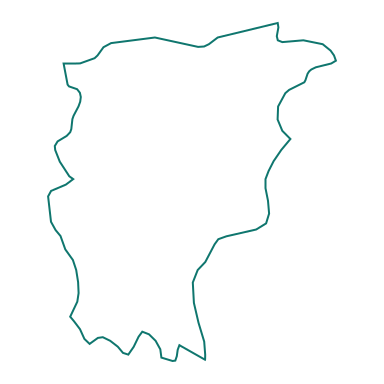 the border of Bergamo
{"feature_id": "ITA-5443", "entity_name": "Bergamo", "entity_type": "Province", "adm_level": 1, "iso_a3": "ITA", "parent_name": "Italy", "parent_adm1": "", "projection": "mercator", "projection_center": [9.798, 45.758], "detail": "fine", "context": "isolated", "style": "outline", "palette": "teal", "viewbox_px": 384, "rotation_deg": 0, "n_neighbors": 0, "source": "natural_earth", "source_scale": "10m", "svg_char_len": 1393}
<svg xmlns="http://www.w3.org/2000/svg" viewBox="0 0 384 384"><path d="M303.4,40.3L322.7,44.2L330.6,50.6L334.0,55.4L335.9,60.7L331.2,63.5L315.8,67.3L311.3,69.5L309.2,71.3L307.6,73.7L305.4,80.3L304.3,82.3L289.1,89.9L285.3,93.2L278.1,106.5L277.6,119.5L282.3,130.8L290.4,139.0L281.3,149.9L274.9,159.3L273.7,161.0L268.6,171.0L265.5,179.1L265.5,188.2L268.0,200.8L269.1,213.6L266.1,223.4L256.2,229.5L233.5,234.7L226.4,236.3L218.3,239.2L214.6,244.3L205.3,262.0L197.7,270.0L192.8,282.5L193.9,302.9L198.5,322.7L204.2,341.6L205.2,354.8L205.1,359.4L205.0,359.7L179.4,345.2L177.7,349.8L176.8,356.2L175.3,360.6L172.6,361.0L161.4,357.6L160.3,349.3L155.6,340.8L149.0,334.3L142.3,331.7L138.6,336.7L133.7,346.8L128.3,354.6L123.0,352.9L117.8,346.7L110.2,340.8L102.8,337.2L97.9,337.9L89.6,343.9L84.4,338.9L80.0,329.2L74.1,321.4L70.2,316.7L77.3,301.7L78.6,293.1L78.1,282.1L76.2,270.0L72.9,260.0L65.3,249.4L60.5,236.0L55.6,230.1L51.0,221.8L48.1,196.4L51.1,190.9L65.9,184.6L73.2,179.1L69.3,176.3L59.8,161.7L55.2,150.0L54.8,146.0L57.6,141.4L66.7,135.9L70.2,132.2L71.3,129.1L72.4,119.1L73.6,115.7L78.5,106.4L80.2,101.7L80.8,97.0L79.9,92.8L77.1,89.2L69.0,86.4L67.6,84.6L63.6,63.5L76.1,63.5L80.1,63.4L94.6,58.2L97.5,55.5L103.5,47.2L111.1,43.1L154.9,37.5L198.1,46.9L204.1,46.5L208.9,44.2L217.7,37.5L277.7,23.0L278.4,27.4L276.8,36.2L277.8,40.3L282.3,42.1L303.4,40.3Z" fill="none" stroke="#0f766e" stroke-width="2"/></svg>